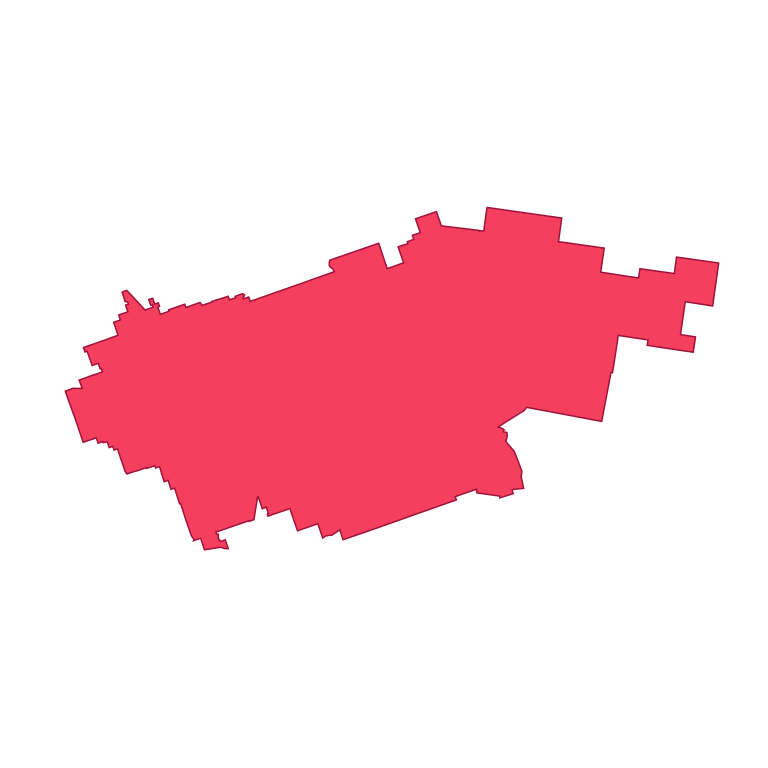 York, Western Australia, Australia, rotated 188°
{"feature_id": "25037944B97234562917936", "entity_name": "York", "entity_type": "district", "adm_level": 2, "iso_a3": "AUS", "parent_name": "Australia", "parent_adm1": "Western Australia", "projection": "mercator", "projection_center": [116.796, -31.917], "detail": "fine", "context": "isolated", "style": "filled", "palette": "rose", "viewbox_px": 768, "rotation_deg": 188, "n_neighbors": 0, "source": "geoboundaries", "source_scale": "gbopen_adm2", "svg_char_len": 5691}
<svg xmlns="http://www.w3.org/2000/svg" viewBox="0 0 768 768"><g transform="rotate(188 384 384)"><path d="M69.4,550.4L112.0,550.4L111.9,533.8L146.6,533.8L146.7,524.4L185.0,524.9L184.8,549.2L225.3,549.3L231.0,549.2L231.0,549.5L231.1,573.1L266.2,573.1L266.3,573.1L267.2,573.1L267.6,573.1L268.5,573.2L270.1,573.2L270.6,573.1L271.0,573.1L273.0,573.1L274.2,573.2L274.7,573.2L275.1,573.2L277.2,573.1L278.0,573.1L279.5,573.2L280.5,573.2L281.0,573.1L283.0,573.1L283.4,573.1L284.1,573.1L284.3,573.2L284.9,573.2L285.3,573.2L285.9,573.2L286.8,573.2L287.6,573.1L288.9,573.1L289.6,573.2L290.0,573.2L290.7,573.2L291.2,573.1L291.8,573.1L292.5,573.1L292.8,573.2L293.4,573.2L293.7,573.2L293.9,573.2L295.0,573.1L295.8,573.1L296.8,573.1L298.3,573.2L298.5,573.2L300.1,573.2L300.8,573.2L301.3,573.1L301.8,573.1L302.4,573.2L302.8,573.1L303.0,573.1L303.3,573.2L303.9,573.2L304.0,573.1L304.3,573.1L306.5,573.1L306.6,564.9L306.5,549.4L307.0,549.3L307.3,549.2L307.9,549.2L308.3,549.3L308.8,549.3L309.3,549.3L309.6,549.2L310.6,549.0L310.7,548.9L310.7,549.3L349.2,548.6L349.4,548.9L356.0,561.9L356.1,562.0L368.5,555.7L375.8,552.0L369.2,539.0L369.8,538.6L376.6,535.2L374.7,531.3L380.7,528.2L380.1,527.0L379.9,526.3L384.8,523.8L384.8,524.0L389.1,521.8L381.4,506.7L384.7,505.1L388.7,502.9L396.9,498.7L401.3,507.5L408.8,522.7L427.3,513.2L451.6,500.8L451.6,500.7L454.3,499.4L454.8,499.2L455.1,497.5L455.0,495.6L454.7,493.9L454.1,492.9L453.7,492.5L452.6,491.9L451.3,491.1L450.6,490.6L449.8,489.7L449.0,488.6L448.8,488.3L468.5,478.1L476.3,474.0L477.6,473.3L482.4,470.7L486.0,468.9L500.9,461.2L524.9,448.8L528.0,447.2L530.1,451.3L533.5,449.5L535.1,448.7L535.2,448.8L535.4,450.0L534.6,451.7L534.5,452.9L536.8,453.7L537.8,453.2L543.6,450.1L543.0,449.0L542.9,448.8L543.0,448.7L543.4,448.5L543.8,448.3L544.5,448.0L545.5,447.5L546.3,447.1L548.1,446.2L548.6,446.0L548.6,445.9L548.8,445.9L550.5,449.2L561.4,443.9L561.5,444.0L561.6,443.9L565.4,442.0L566.1,441.7L566.0,441.2L565.9,441.1L575.2,436.5L575.3,437.0L577.5,439.1L581.1,437.3L581.3,437.2L590.9,432.2L592.4,435.3L595.1,433.9L607.6,427.5L607.0,426.1L615.2,421.9L618.7,428.7L617.1,429.6L618.8,433.0L622.2,431.2L625.0,436.7L628.7,434.9L625.9,429.4L624.4,430.1L623.4,428.0L623.3,427.9L625.6,426.8L627.2,425.9L629.9,424.6L630.9,424.0L631.9,424.8L632.8,425.6L634.3,426.8L636.5,428.6L637.3,429.3L639.8,431.3L642.5,433.5L643.7,434.5L645.0,435.5L645.8,436.2L647.0,437.1L647.5,437.5L648.0,437.9L649.6,439.2L651.3,440.6L651.6,440.8L651.8,440.9L656.1,438.6L656.3,438.8L652.1,430.4L652.3,430.4L651.9,429.6L649.2,429.6L648.2,427.5L650.9,426.2L647.7,419.8L656.3,415.5L654.0,410.7L660.3,407.5L654.1,395.2L655.3,394.6L657.9,393.3L663.3,390.5L663.4,390.3L671.9,385.9L680.1,381.7L686.7,378.3L684.5,374.1L682.6,375.2L675.5,361.7L669.9,364.7L667.1,359.4L666.1,359.9L664.5,356.9L672.3,352.7L672.4,352.9L686.5,345.4L685.9,344.5L685.5,343.7L684.3,341.5L683.2,339.3L682.3,337.6L684.5,337.3L686.9,337.0L688.2,336.8L688.9,336.7L689.2,336.7L690.4,336.7L690.8,336.7L698.6,332.6L697.9,331.1L696.2,327.9L695.2,325.9L694.2,324.0L693.6,322.8L689.4,314.9L688.2,312.7L687.9,312.0L687.2,310.8L687.0,310.6L681.2,299.2L678.9,294.4L677.9,292.6L673.8,284.4L661.9,290.4L661.4,290.6L658.9,285.6L654.4,287.8L654.0,286.8L653.8,286.8L653.5,286.8L650.6,288.1L650.1,288.3L647.3,282.8L643.9,284.5L642.1,281.0L638.8,282.6L634.0,272.8L633.9,272.7L628.3,261.6L626.1,259.1L616.7,263.8L616.6,263.6L607.6,268.1L607.2,267.4L599.6,271.2L598.6,269.1L594.8,270.9L594.5,270.3L594.3,270.0L593.5,268.1L592.5,266.2L592.1,265.2L592.1,264.8L590.2,261.4L590.2,260.8L588.1,256.7L584.3,258.5L580.3,250.0L576.9,251.7L574.8,247.4L571.8,241.1L569.8,236.9L568.8,237.4L568.4,236.5L566.3,232.2L561.3,221.8L560.9,221.0L560.8,220.9L558.0,215.4L557.9,215.4L555.4,210.4L553.6,206.8L550.5,203.6L550.8,202.3L544.1,205.7L538.7,194.8L523.1,199.6L519.1,198.9L515.3,199.2L515.6,199.8L519.5,207.6L523.7,205.4L524.2,205.3L524.8,206.5L525.6,206.8L525.9,207.5L526.5,208.2L526.6,209.2L527.0,209.9L527.1,210.5L527.0,211.0L527.0,211.8L527.2,212.2L528.5,212.1L529.1,212.5L529.5,213.2L529.7,214.1L529.2,214.2L512.3,222.9L498.7,229.8L498.4,229.2L493.9,231.5L493.5,254.8L493.0,255.0L488.9,247.0L488.7,246.6L487.2,243.5L486.8,243.7L484.8,244.7L483.3,245.4L483.4,245.5L483.2,245.5L482.5,244.1L482.5,243.8L480.5,239.8L481.1,239.5L481.4,238.8L480.5,237.0L459.9,247.5L456.6,241.1L454.6,237.1L449.2,226.6L430.1,236.4L423.2,222.9L420.4,225.6L419.3,225.7L418.6,226.0L417.6,226.4L414.8,226.9L407.5,233.4L402.9,224.1L396.4,227.4L373.7,239.0L359.2,246.5L358.3,247.0L353.1,249.7L333.4,260.0L315.7,269.2L296.2,279.3L297.8,282.4L277.8,292.7L276.8,289.1L253.7,289.1L253.4,288.0L253.4,287.4L240.8,293.4L242.4,297.1L241.7,297.5L231.2,300.1L232.4,303.3L232.7,304.2L233.1,305.5L234.8,310.0L235.3,311.1L235.2,312.4L235.3,313.8L235.2,315.2L235.3,316.7L235.4,317.0L235.7,317.5L236.1,318.2L237.4,320.7L237.8,321.4L241.6,328.3L244.8,333.9L245.4,335.0L245.5,335.2L245.6,335.4L245.7,335.5L245.9,335.7L246.1,335.9L248.3,337.8L248.7,338.1L248.8,338.2L249.1,338.4L249.3,338.6L249.6,338.8L249.8,339.0L250.3,339.5L250.6,339.7L251.3,340.4L254.2,343.1L254.5,343.4L255.1,344.0L255.5,344.3L255.3,344.4L254.7,349.0L255.5,353.1L258.9,353.2L259.3,355.7L259.2,355.7L259.9,356.1L262.1,356.8L262.8,357.1L263.0,357.1L263.6,357.2L263.8,357.2L264.0,357.1L264.3,357.1L264.5,357.1L264.8,357.2L265.0,357.2L265.1,357.3L255.6,365.4L241.6,377.1L239.5,380.7L214.7,379.6L210.8,379.4L209.8,379.4L209.0,379.3L206.2,379.2L199.1,378.9L190.7,378.5L163.2,377.2L162.5,391.5L160.8,426.9L159.3,426.9L158.9,448.6L158.8,464.7L128.7,464.4L128.7,458.9L99.2,458.6L82.2,458.5L82.1,474.0L97.3,474.2L97.2,486.6L97.1,507.4L81.7,507.2L69.4,507.0L69.4,521.2L69.4,524.7L69.4,550.4Z" fill="#f43f5e" stroke="#9f1239" stroke-width="1.5"/></g></svg>